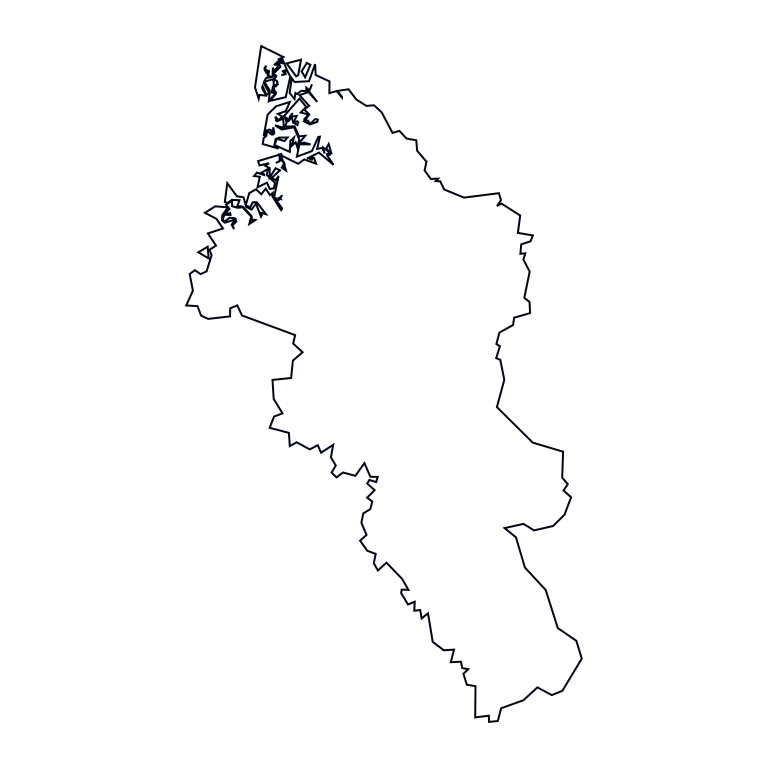 San Lorenzo, Esmeraldas, Ecuador (Mercator projection)
{"feature_id": "8360857B36933905288912", "entity_name": "San Lorenzo", "entity_type": "district", "adm_level": 2, "iso_a3": "ECU", "parent_name": "Ecuador", "parent_adm1": "Esmeraldas", "projection": "mercator", "projection_center": [-78.743, 0.975], "detail": "fine", "context": "isolated", "style": "outline", "palette": "ink", "viewbox_px": 768, "rotation_deg": 0, "n_neighbors": 0, "source": "geoboundaries", "source_scale": "gbopen_adm2", "svg_char_len": 6021}
<svg xmlns="http://www.w3.org/2000/svg" viewBox="0 0 768 768"><path d="M581.8,658.6L576.3,640.8L557.8,628.1L545.7,590.0L524.9,567.5L516.0,537.4L504.6,528.1L523.5,523.9L534.1,530.4L553.1,526.0L564.5,514.7L571.1,497.3L563.5,490.5L567.8,484.2L562.2,477.6L563.1,451.7L532.7,442.6L496.9,407.1L504.3,379.8L500.3,359.9L496.2,358.1L499.9,346.3L496.4,344.0L499.4,332.6L513.1,325.0L514.1,317.7L530.1,313.1L529.5,301.9L524.3,297.8L529.7,271.6L523.4,259.6L525.3,253.3L520.4,253.8L521.2,244.4L530.5,241.3L532.9,235.4L517.9,232.9L520.2,215.5L501.5,203.6L497.0,206.0L501.0,200.1L498.9,193.2L464.0,197.6L444.2,189.5L440.2,181.3L435.8,181.1L438.1,178.6L430.8,179.0L424.6,170.4L426.5,161.7L417.1,150.7L416.3,140.3L406.5,138.5L399.4,130.9L392.5,132.9L381.8,112.5L374.1,105.3L366.4,105.9L356.3,99.5L348.6,89.3L337.5,90.9L341.9,96.7L341.9,97.5L336.7,91.1L329.4,93.1L329.5,81.4L315.7,75.0L315.1,64.1L309.0,81.2L294.6,82.0L291.8,78.4L289.6,92.9L294.5,99.0L295.4,93.0L297.1,94.0L301.1,90.9L308.3,91.1L306.4,89.5L306.3,87.7L309.5,90.3L312.0,84.3L309.1,91.6L317.3,102.0L308.5,92.1L299.5,95.1L309.1,105.8L304.3,109.6L309.3,114.5L304.4,120.8L307.8,120.5L310.2,124.0L315.0,119.3L317.2,119.2L317.9,119.6L317.2,121.9L310.1,124.4L304.2,121.5L304.3,119.2L308.5,114.6L300.7,112.5L306.2,106.9L299.5,98.6L283.9,116.2L289.1,119.9L289.9,116.6L292.8,113.1L290.3,116.8L296.7,115.9L293.7,122.1L297.4,121.3L298.3,122.3L297.1,124.8L298.4,125.6L293.1,122.5L291.8,117.2L288.5,121.1L285.6,119.3L286.7,122.2L285.1,126.6L294.6,126.3L298.9,136.4L305.2,135.8L298.6,143.8L304.1,142.6L310.6,144.4L299.4,144.3L296.9,156.6L311.9,151.1L318.3,137.0L319.9,136.7L317.1,148.9L322.3,147.9L324.6,153.5L323.4,147.6L329.5,152.4L326.3,148.2L328.7,144.0L331.4,153.4L326.3,153.9L330.6,154.6L327.2,155.5L333.6,164.9L318.9,152.6L306.9,158.6L311.7,156.6L309.9,158.9L311.8,159.7L312.5,158.0L313.1,157.7L313.9,157.8L316.1,163.7L304.2,159.4L298.2,163.8L280.1,154.9L284.8,164.3L282.2,167.8L283.7,168.7L283.7,166.6L284.7,166.1L286.0,170.5L281.8,167.6L284.2,163.5L279.9,157.8L279.8,161.1L275.9,163.0L279.7,160.9L279.5,155.4L280.0,154.6L282.3,153.8L258.1,161.1L259.5,165.4L269.0,163.2L265.3,165.8L269.7,168.1L269.6,177.5L275.6,168.3L280.0,170.3L272.0,177.6L275.7,180.4L278.6,175.8L274.1,197.2L276.0,198.4L276.9,200.5L278.4,198.8L280.1,199.0L279.0,198.0L280.0,197.7L281.0,196.3L281.5,196.2L280.1,199.2L276.5,200.9L281.7,207.7L282.0,208.9L281.1,210.1L272.4,196.4L272.7,192.9L270.0,195.1L265.7,188.7L261.3,194.2L256.0,189.3L249.3,193.1L245.7,205.3L250.2,207.4L252.7,202.3L256.7,202.2L266.0,214.2L261.5,213.0L261.8,215.2L261.0,216.7L255.9,203.6L251.6,209.6L246.2,206.9L243.5,197.3L236.9,196.3L227.3,183.2L224.8,202.0L227.6,202.9L231.8,199.9L239.5,200.2L237.1,206.8L240.3,206.2L243.2,206.9L251.7,216.3L252.1,221.7L254.2,219.7L255.5,220.0L249.3,224.0L251.2,216.6L242.5,207.2L237.6,207.8L232.1,206.2L232.1,200.8L226.0,204.7L229.5,209.0L224.2,214.5L230.1,213.1L230.5,214.9L224.3,214.8L222.8,219.3L224.5,221.6L229.6,217.8L234.9,218.2L236.3,221.6L232.4,225.4L234.1,229.1L231.6,224.7L235.2,219.5L224.7,222.7L222.1,220.3L222.2,215.3L227.9,207.4L215.3,206.3L204.9,212.8L216.4,218.8L223.0,228.5L207.9,233.4L216.0,245.6L209.5,249.8L211.6,255.2L206.6,271.4L200.5,274.1L194.9,270.2L189.7,274.0L192.9,290.7L186.2,305.5L197.5,306.1L201.1,315.6L208.1,318.9L230.0,316.4L230.2,308.3L237.3,305.4L242.0,315.5L295.1,335.1L293.2,343.6L302.6,352.2L292.9,360.6L291.1,378.0L272.5,379.9L273.7,399.0L282.5,413.4L274.1,416.5L269.6,427.8L288.9,432.9L289.8,446.1L296.7,442.3L309.8,449.4L317.8,445.2L321.1,452.7L333.2,444.8L330.9,457.3L335.8,465.5L331.6,472.6L336.5,477.4L343.0,472.5L355.4,475.8L364.4,463.1L370.4,476.8L377.7,476.9L376.1,482.1L369.4,479.9L367.2,483.5L374.6,490.2L367.1,497.7L372.3,501.5L370.3,509.1L363.3,513.4L361.4,522.7L366.5,534.9L360.1,540.7L367.3,550.8L375.7,553.9L373.8,563.2L377.9,570.5L386.5,562.7L402.2,579.0L408.4,589.9L401.7,589.6L401.1,593.0L408.0,604.5L414.7,601.7L414.3,610.7L420.2,610.1L421.7,618.4L428.0,613.3L432.7,641.8L443.8,650.3L454.0,649.6L450.8,662.2L460.9,661.7L462.3,668.1L468.2,669.2L463.4,673.8L466.8,684.7L475.5,686.2L475.2,717.4L488.9,715.7L489.0,721.9L497.8,721.0L501.2,708.2L523.5,700.2L537.4,687.4L551.8,695.1L562.4,690.8L581.8,658.6ZM285.7,111.2L289.8,102.0L276.0,106.3L267.7,114.6L263.8,135.2L265.6,135.9L266.1,131.0L269.2,129.6L270.7,129.9L271.4,130.9L270.3,133.3L272.8,134.0L273.2,127.3L274.4,133.0L273.2,134.5L271.8,134.6L267.0,130.7L266.3,135.8L263.7,138.0L262.7,144.0L278.5,148.6L274.3,145.5L275.7,139.0L279.1,137.6L287.6,137.5L284.4,141.1L277.0,138.7L274.6,145.0L289.8,151.9L290.4,140.8L294.0,137.5L291.8,145.8L295.6,142.2L297.2,146.9L299.3,139.5L294.0,127.3L281.7,129.5L275.0,125.3L283.8,127.8L283.2,118.5L277.1,121.3L276.0,120.4L276.4,117.9L274.6,117.5L276.2,117.3L278.0,120.5L282.4,116.6L278.0,113.9L285.7,111.2ZM283.3,57.0L261.2,46.1L255.0,87.4L258.7,98.7L259.5,94.9L267.2,95.8L266.1,95.1L262.5,89.1L262.1,87.5L262.6,86.2L266.2,94.5L269.3,93.2L263.6,82.8L266.0,78.1L269.8,77.4L267.7,76.5L268.4,71.6L266.5,73.1L264.5,69.5L264.7,67.7L266.3,65.7L264.8,69.0L269.0,71.6L268.2,76.4L274.9,76.5L272.6,74.4L272.9,67.6L273.9,71.5L278.9,65.1L277.5,63.5L276.8,64.9L274.8,64.6L274.7,64.4L278.2,61.4L281.6,62.9L278.7,59.3L283.3,57.0ZM286.9,70.0L282.4,58.9L280.5,58.8L282.3,63.2L278.2,62.2L280.5,66.8L273.2,73.9L276.3,75.8L273.7,80.2L276.1,80.3L277.5,81.7L276.8,84.4L278.4,83.6L275.8,86.4L273.2,86.8L274.7,91.1L272.1,92.4L275.4,91.6L275.8,92.2L275.8,94.0L269.9,100.9L285.7,97.2L290.3,76.6L287.2,70.6L283.4,71.4L285.5,72.8L285.6,74.1L281.3,75.3L285.4,73.8L283.1,71.6L283.3,70.9L286.9,70.0ZM268.0,168.9L261.1,172.9L263.9,174.0L264.0,175.0L256.9,172.6L254.1,176.0L259.8,176.8L257.5,187.3L267.0,182.7L269.8,189.0L273.8,188.4L275.0,182.9L266.7,174.8L268.0,168.9ZM301.0,59.7L286.6,63.4L296.1,76.3L298.2,75.1L301.0,59.7ZM273.6,79.0L264.3,81.8L269.8,90.5L268.9,100.7L275.5,93.5L271.8,92.5L272.9,86.6L276.0,85.2L273.7,84.7L273.6,79.0ZM208.6,258.4L207.7,246.7L198.3,252.3L208.6,258.4ZM305.1,77.3L310.4,64.8L306.9,62.9L301.6,71.4L305.1,77.3Z" fill="none" stroke="#020617" stroke-width="2"/></svg>